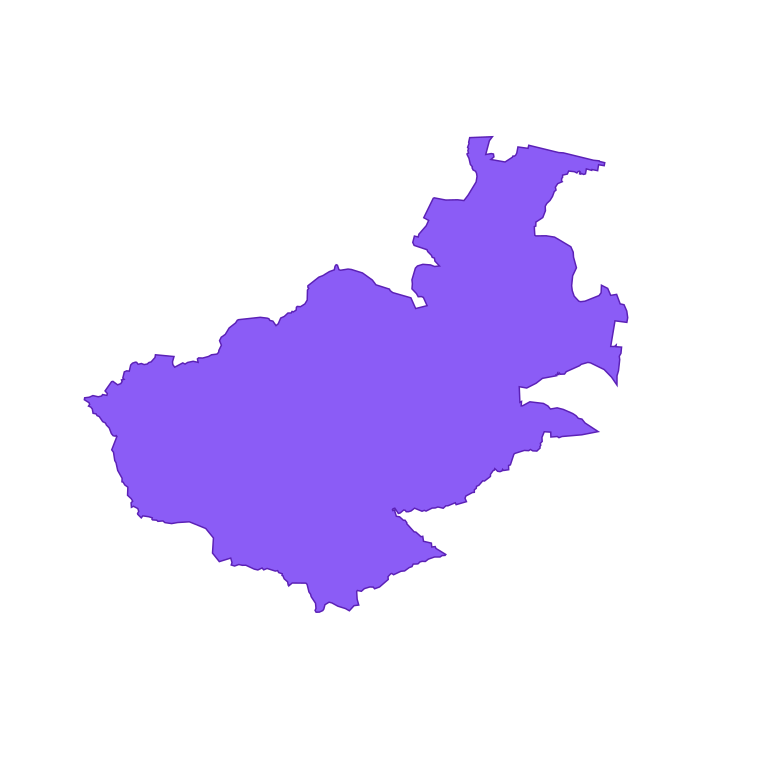 Cuautinchán, Puebla, Mexico (Mercator projection), rotated 339°
{"feature_id": "50627088B83471115235412", "entity_name": "Cuautinchán", "entity_type": "district", "adm_level": 2, "iso_a3": "MEX", "parent_name": "Mexico", "parent_adm1": "Puebla", "projection": "mercator", "projection_center": [-98.043, 18.963], "detail": "fine", "context": "isolated", "style": "filled", "palette": "violet", "viewbox_px": 768, "rotation_deg": 339, "n_neighbors": 0, "source": "geoboundaries", "source_scale": "gbopen_adm2", "svg_char_len": 6169}
<svg xmlns="http://www.w3.org/2000/svg" viewBox="0 0 768 768"><g transform="rotate(339 384 384)"><path d="M669.4,256.5L664.9,253.4L664.9,252.8L659.8,250.2L634.3,232.5L630.1,230.6L604.7,213.0L602.9,215.6L594.0,210.7L590.7,216.0L588.9,217.6L587.4,218.0L586.0,217.4L585.1,218.3L576.6,220.1L564.2,212.7L568.0,211.4L568.6,208.5L566.7,207.3L561.2,206.2L569.6,194.6L573.8,192.0L552.3,184.7L549.6,188.8L549.6,189.9L546.8,193.1L547.3,194.5L546.0,196.0L545.6,198.7L544.1,198.8L543.8,199.5L544.2,203.8L543.3,210.0L544.3,212.8L543.7,213.8L543.9,216.1L545.7,218.2L545.9,220.5L545.2,223.6L542.4,228.4L530.1,237.9L524.4,241.4L518.7,238.4L507.6,234.4L497.6,228.2L496.5,228.3L480.7,243.0L484.3,247.3L480.1,251.4L470.3,256.6L468.6,259.0L465.4,256.8L461.6,262.1L461.8,265.4L472.2,274.0L472.3,276.1L474.4,280.9L474.4,283.0L476.2,284.5L475.6,287.6L478.1,293.7L473.3,292.4L470.1,289.5L463.2,286.2L457.5,285.8L454.8,287.1L447.4,296.8L446.4,300.6L444.2,305.2L446.7,311.2L447.2,314.8L450.3,315.8L451.8,317.3L452.3,326.3L440.6,324.9L440.0,313.2L424.9,301.8L423.2,299.0L423.1,297.4L412.0,288.5L410.4,282.8L403.7,272.6L394.6,265.4L391.6,263.8L384.1,262.2L382.9,261.1L383.1,256.4L382.1,255.5L380.5,256.5L378.5,259.6L373.3,259.5L365.6,260.9L361.4,260.9L348.2,265.0L347.6,266.3L348.0,267.7L346.2,268.9L342.4,278.1L338.8,280.9L333.8,281.9L330.8,280.5L329.7,281.0L328.6,283.4L327.2,283.8L325.2,284.2L324.2,283.3L322.7,284.4L319.8,283.3L315.1,285.2L311.2,285.4L306.8,289.9L304.1,290.8L302.8,285.5L300.2,283.7L299.9,281.8L298.6,280.7L292.4,277.4L271.2,271.8L269.9,271.9L267.3,273.8L259.5,276.2L253.6,280.8L248.8,282.0L246.0,284.6L246.1,289.5L241.9,293.4L240.9,295.2L238.7,296.2L233.5,294.9L230.0,295.4L224.1,294.8L220.3,293.2L218.8,293.7L218.2,297.2L214.0,294.4L208.4,293.5L205.4,294.1L203.7,292.2L194.6,293.3L193.8,290.1L194.5,287.5L197.8,283.1L181.1,274.8L179.7,277.2L174.5,279.9L172.1,279.7L170.2,280.5L167.0,279.9L164.8,277.9L161.5,277.5L160.8,275.1L159.7,274.5L156.7,274.4L154.3,275.5L150.8,280.7L148.5,279.5L145.9,279.6L142.3,284.8L143.0,286.5L140.4,286.1L140.3,287.9L138.4,289.3L135.0,289.3L131.9,284.4L130.5,284.2L121.1,290.5L122.3,293.8L121.2,295.3L117.5,293.0L116.0,294.0L112.6,293.5L108.1,290.5L104.1,290.7L99.6,289.6L98.6,291.3L101.9,295.7L101.9,297.6L100.2,298.7L101.9,300.4L102.7,302.8L101.9,307.1L104.5,308.7L104.8,310.7L106.5,312.4L107.9,318.3L110.0,320.6L110.1,322.8L111.7,326.5L111.7,332.6L112.6,335.2L114.4,336.4L115.4,336.1L115.9,337.2L106.2,347.9L107.0,350.8L105.2,359.0L105.6,361.5L104.4,369.3L105.7,378.2L104.3,381.4L105.3,382.2L105.8,385.3L107.9,388.5L104.7,396.0L106.9,400.5L107.4,403.3L105.3,404.3L104.0,408.6L106.3,408.4L109.5,412.0L109.4,415.0L107.5,416.6L107.4,417.4L109.4,422.0L111.6,420.7L116.8,423.6L119.7,425.9L118.9,427.1L119.2,427.9L123.0,429.7L123.7,431.2L128.5,432.6L129.8,434.9L135.7,438.2L141.8,439.4L152.9,442.9L165.8,455.0L169.6,466.6L163.3,480.4L166.6,490.8L178.5,491.6L178.1,496.2L176.5,498.2L179.3,500.4L183.8,500.5L186.8,502.5L190.1,503.7L196.5,510.3L199.6,512.4L204.2,512.1L205.1,514.4L208.7,514.3L215.5,519.7L217.8,520.1L218.1,522.3L221.0,524.7L220.2,526.2L220.9,526.8L221.0,530.1L223.1,534.2L222.5,537.3L223.1,537.5L222.9,538.3L227.0,536.9L239.7,541.9L240.4,543.5L239.4,551.3L240.1,554.0L239.8,556.5L241.5,564.1L240.1,569.1L238.5,570.7L238.8,572.7L241.9,573.8L245.6,573.6L247.1,572.6L249.8,568.9L254.5,568.0L256.9,569.7L261.3,574.9L267.5,579.8L270.4,583.3L276.6,580.2L281.2,581.3L281.8,575.3L284.1,568.0L285.1,567.2L288.6,569.4L292.4,568.0L298.0,568.4L301.2,569.8L301.8,571.8L307.1,571.9L317.9,568.0L318.7,565.3L322.2,563.6L323.4,563.7L324.6,565.5L332.7,564.9L336.3,565.9L341.8,564.4L344.7,564.5L346.7,562.6L350.5,563.9L351.8,564.0L353.4,563.0L356.0,563.2L359.0,564.5L362.6,563.4L369.2,563.6L374.3,565.6L376.7,565.0L379.6,565.9L380.6,565.3L373.6,556.2L373.5,554.1L370.2,553.3L371.2,549.5L364.5,545.0L365.6,540.1L363.8,539.8L360.7,533.7L359.1,532.8L355.2,522.6L355.6,521.6L354.8,518.7L353.3,518.2L351.0,513.6L348.1,511.9L348.6,505.4L346.9,505.4L346.8,504.4L347.8,503.7L349.6,503.8L351.0,510.0L353.0,510.2L357.2,508.7L358.5,509.5L359.0,511.2L361.1,512.0L363.8,512.2L368.0,510.9L373.9,516.4L376.3,516.4L377.7,517.7L384.5,517.1L387.5,518.1L390.2,518.1L394.8,521.2L398.1,519.9L400.1,520.6L408.0,520.4L408.1,522.5L418.8,523.4L418.7,519.7L420.3,517.9L427.7,517.0L429.5,517.5L430.5,515.1L432.7,514.5L433.7,512.7L436.4,512.5L441.4,509.8L443.1,510.6L449.5,508.7L450.4,508.2L451.0,506.5L455.0,503.9L456.0,504.0L457.1,502.7L458.8,506.2L460.9,507.4L463.2,507.4L464.1,506.2L464.7,507.6L469.7,508.7L471.1,504.7L473.0,504.8L480.1,496.1L481.4,495.7L491.2,496.3L495.2,498.1L497.2,497.6L498.9,499.7L502.7,501.4L506.8,499.7L507.0,498.4L508.4,497.4L508.7,495.4L511.1,494.3L512.3,490.5L516.5,486.0L522.4,488.7L520.8,493.3L526.9,495.1L528.1,496.8L531.3,496.8L550.4,502.3L566.9,505.2L557.7,492.4L556.2,487.7L553.1,485.7L551.9,482.4L549.6,479.2L542.3,472.0L537.1,468.3L530.4,467.0L529.2,463.3L525.9,459.3L513.8,452.9L505.5,454.0L504.3,453.6L506.1,449.6L504.3,449.8L509.3,435.0L515.8,438.9L526.3,437.8L534.0,435.5L547.4,438.0L547.7,437.3L548.4,438.0L549.8,436.3L549.8,437.4L550.6,437.8L551.5,436.4L552.2,438.1L556.1,439.4L558.6,437.8L573.1,437.0L575.2,436.3L582.0,436.9L584.3,438.2L594.7,449.4L598.9,459.2L601.1,468.5L604.5,459.8L607.7,455.6L612.8,445.7L613.6,442.4L616.2,440.3L619.0,434.7L613.9,432.3L614.7,430.8L612.6,431.6L609.1,430.2L622.3,407.8L632.8,413.5L635.3,409.4L636.8,402.9L636.5,396.0L633.2,393.8L633.3,383.7L627.4,382.5L627.1,374.9L622.4,369.7L619.4,376.6L616.5,378.5L601.3,378.7L597.0,377.6L595.5,376.4L593.0,370.1L593.2,364.4L594.4,359.5L598.9,350.6L605.3,344.5L606.4,333.5L607.9,328.7L607.6,322.8L595.9,308.0L588.4,303.7L578.9,300.2L578.1,299.2L579.9,293.4L580.8,290.9L582.3,291.0L583.8,287.3L591.9,285.5L596.8,280.1L598.2,275.9L600.7,273.8L604.8,272.1L608.5,269.3L611.9,265.4L614.1,264.6L614.5,261.7L618.0,259.2L622.9,259.0L622.6,258.1L623.5,255.8L624.7,255.2L625.6,253.0L630.4,253.7L632.7,251.4L637.8,254.0L639.7,256.1L641.3,255.2L642.7,255.4L643.1,256.0L641.9,257.9L642.6,258.4L642.7,257.3L645.5,259.9L647.4,260.0L650.0,255.7L654.5,259.0L655.0,258.3L659.9,261.4L662.9,256.2L667.8,259.1L669.4,256.5Z" fill="#8b5cf6" stroke="#5b21b6" stroke-width="1.5"/></g></svg>